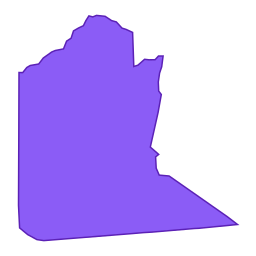 Japi, Rio Grande do Norte, Brazil (Equal Earth projection)
{"feature_id": "56859067B28564243128765", "entity_name": "Japi", "entity_type": "district", "adm_level": 2, "iso_a3": "BRA", "parent_name": "Brazil", "parent_adm1": "Rio Grande do Norte", "projection": "equal_earth", "projection_center": [-35.887, -6.423], "detail": "fine", "context": "isolated", "style": "filled", "palette": "violet", "viewbox_px": 256, "rotation_deg": 0, "n_neighbors": 0, "source": "geoboundaries", "source_scale": "gbopen_adm2", "svg_char_len": 755}
<svg xmlns="http://www.w3.org/2000/svg" viewBox="0 0 256 256"><path d="M132.6,32.4L126.1,29.4L122.0,28.1L116.3,21.9L111.6,20.6L105.1,16.3L96.5,15.4L92.8,16.9L88.9,15.9L85.9,20.6L83.4,25.7L78.5,28.0L73.5,30.9L71.1,38.2L66.6,41.1L63.5,48.9L55.3,50.5L51.7,52.0L43.3,58.0L38.7,64.0L30.2,65.5L26.8,67.5L22.7,72.6L19.0,72.5L18.8,134.4L18.5,205.3L19.6,227.9L27.7,234.6L36.9,239.6L43.8,240.6L131.9,233.6L143.6,232.6L152.0,232.1L194.4,228.5L198.7,228.3L237.5,224.5L227.3,216.7L169.1,176.0L159.2,175.1L156.2,168.2L155.6,156.9L158.7,154.4L150.3,147.1L158.1,112.4L161.3,94.5L158.7,91.1L158.3,82.0L159.6,73.0L161.7,66.8L163.1,56.0L158.5,56.0L155.1,59.7L149.0,59.8L144.6,59.3L137.9,65.2L133.8,66.5L132.6,32.4Z" fill="#8b5cf6" stroke="#5b21b6" stroke-width="1.5"/></svg>